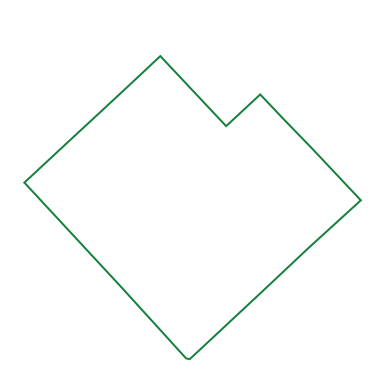 Wood, Wisconsin, United States of America (Albers equal-area conic projection), rotated 317°
{"feature_id": "52423323B58004100202337", "entity_name": "Wood", "entity_type": "district", "adm_level": 2, "iso_a3": "USA", "parent_name": "United States of America", "parent_adm1": "Wisconsin", "projection": "albers", "projection_center": [-90.031, 44.466], "detail": "fine", "context": "isolated", "style": "outline", "palette": "green", "viewbox_px": 384, "rotation_deg": 317, "n_neighbors": 0, "source": "geoboundaries", "source_scale": "gbopen_adm2", "svg_char_len": 347}
<svg xmlns="http://www.w3.org/2000/svg" viewBox="0 0 384 384"><g transform="rotate(317 192 192)"><path d="M75.8,70.8L75.4,215.2L74.2,309.6L76.3,312.7L168.4,312.7L239.1,312.4L309.8,313.2L309.5,243.5L308.7,201.4L308.4,167.2L261.9,167.1L261.5,71.0L214.6,71.1L169.1,71.0L145.3,70.9L75.8,70.8Z" fill="none" stroke="#15803d" stroke-width="2"/></g></svg>